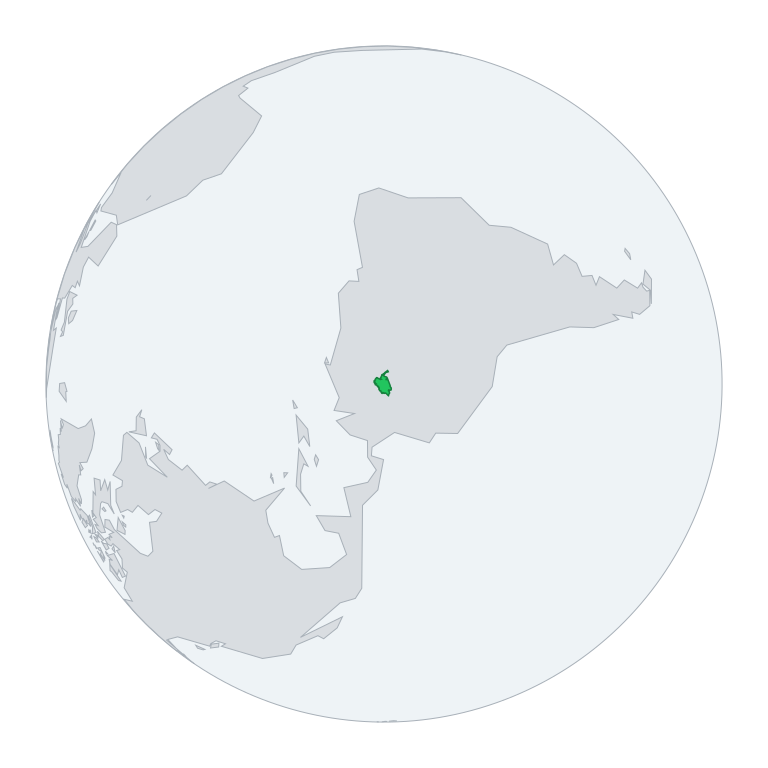 Guainía highlighted on a globe, orthographic projection, rotated 249°
{"feature_id": "COL-1424", "entity_name": "Guainía", "entity_type": "Commissiary", "adm_level": 1, "iso_a3": "COL", "parent_name": "Colombia", "parent_adm1": "", "projection": "orthographic", "projection_center": [-68.772, 2.606], "detail": "fine", "context": "on_globe", "style": "filled", "palette": "green", "viewbox_px": 768, "rotation_deg": 249, "n_neighbors": 0, "source": "natural_earth", "source_scale": "10m", "svg_char_len": 11005}
<svg xmlns="http://www.w3.org/2000/svg" viewBox="0 0 768 768"><g transform="rotate(249 384 384)"><circle cx="384" cy="384" r="338" fill="#eef3f6" stroke="#a8b0b8"/><path d="M193.0,105.2L202.8,99.2L209.6,95.1L208.6,95.2L215.3,91.2L216.3,90.6L229.9,83.2L234.7,81.0L240.1,78.4L239.3,78.6L247.0,75.1L247.4,75.0L256.6,71.0L262.7,68.6L276.1,64.3L271.4,71.2L286.9,68.4L300.3,76.9L305.9,73.9L314.6,76.7L324.4,74.7L324.1,77.9L332.1,73.7L330.5,71.2L333.5,68.8L339.1,67.7L339.7,71.2L337.0,72.3L340.1,72.8L338.0,75.2L342.2,73.4L342.3,78.5L350.5,72.1L357.5,75.0L355.3,78.8L344.7,80.1L313.3,95.8L307.8,101.9L310.7,108.3L338.9,115.5L337.3,122.4L343.1,130.3L348.9,125.2L346.5,117.3L358.8,110.8L354.4,103.1L358.7,99.7L358.5,92.1L370.2,91.8L381.7,96.0L382.4,102.7L387.5,105.2L396.2,98.3L406.7,111.5L429.5,122.4L431.0,126.6L416.8,134.2L392.9,134.4L374.6,148.3L398.3,138.3L401.5,150.8L407.0,152.9L413.7,152.3L417.1,147.5L420.6,152.1L398.6,162.6L395.0,158.5L402.0,154.9L390.8,155.6L375.9,164.6L378.7,171.2L353.3,181.1L355.0,186.3L350.4,192.0L349.4,182.7L350.7,200.1L321.3,220.7L322.5,253.9L308.5,228.4L295.7,225.8L280.1,226.8L280.0,232.1L259.6,228.8L240.4,240.7L232.1,267.5L238.2,288.0L260.9,288.2L268.3,276.4L285.4,273.6L272.0,305.5L301.6,309.4L298.0,333.6L306.4,346.0L321.6,342.5L337.1,348.3L348.6,334.1L366.8,326.3L367.0,345.9L377.2,327.9L387.3,337.3L423.8,336.2L421.0,340.7L451.7,363.8L485.1,373.9L492.8,388.3L488.8,397.3L500.4,399.8L500.6,405.7L546.6,414.4L569.8,428.9L568.9,449.4L549.1,473.2L530.3,522.7L494.5,539.1L484.8,558.7L456.0,586.9L434.4,584.9L440.1,598.7L427.7,607.0L413.5,607.5L410.8,617.1L400.2,617.3L407.0,623.6L390.1,635.7L395.0,645.6L382.6,655.1L386.2,660.7L381.5,660.5L376.6,662.5L376.2,665.6L361.8,660.3L357.4,647.6L362.5,641.1L356.2,639.9L366.8,622.9L360.1,626.3L361.4,600.1L370.7,577.9L376.3,512.6L368.9,499.4L342.8,484.1L311.4,435.0L319.6,414.7L312.8,405.2L335.0,376.5L329.3,350.2L321.5,346.5L313.6,356.5L287.3,340.3L278.5,320.5L201.2,290.0L194.1,280.4L195.4,264.6L177.4,215.2L181.6,261.8L173.1,252.9L167.8,236.4L172.7,232.1L171.8,208.4L165.3,200.1L171.3,172.2L197.4,138.2L198.3,142.9L204.5,135.1L203.7,129.2L201.7,127.3L221.9,100.7L223.0,90.6L212.1,95.1L223.3,89.0L195.0,104.2L190.7,106.8L193.0,105.2ZM64.8,275.3L67.4,267.8L66.2,272.3L64.8,275.3ZM68.8,263.5L67.9,266.0L68.6,263.9L68.8,263.5ZM69.1,262.2L68.9,263.1L68.8,262.8L69.1,262.2ZM69.2,261.5L69.3,261.5L69.1,261.8L69.2,261.5ZM320.2,265.4L354.1,281.3L334.4,283.6L338.2,280.5L329.7,273.8L313.7,267.9L296.5,271.8L320.2,265.4ZM70.5,258.0L70.9,256.9L71.2,256.2L70.5,258.0ZM336.5,246.5L330.5,245.3L336.4,245.1L336.5,246.5ZM199.7,127.4L203.0,129.6L201.2,137.0L197.7,135.4L199.7,127.4ZM204.1,115.3L207.6,114.6L200.4,121.7L200.6,119.9L204.1,115.3ZM202.7,100.0L204.1,100.0L200.4,101.5L202.7,100.0ZM352.1,93.0L355.3,92.6L353.7,94.1L352.1,93.0ZM349.1,90.3L345.0,92.5L343.0,91.6L345.5,90.2L349.1,90.3ZM354.6,88.0L339.9,89.8L336.4,88.3L343.1,82.3L354.6,88.0ZM327.6,71.0L329.5,73.5L322.7,72.6L327.6,71.0ZM322.5,71.2L297.3,73.8L297.2,70.4L305.6,69.8L301.4,66.8L313.7,63.7L318.8,64.6L316.5,67.3L323.0,64.2L322.5,71.2ZM334.2,67.8L329.1,68.4L328.6,65.2L338.8,63.7L335.7,65.1L334.2,67.8ZM294.2,67.9L295.6,65.8L306.1,62.5L308.0,61.4L314.0,63.4L294.2,67.9ZM338.6,65.3L343.9,63.1L349.2,63.7L339.1,67.2L338.6,65.3ZM324.3,65.3L324.6,63.8L327.7,64.0L324.3,65.3ZM371.0,66.0L364.9,66.0L364.2,64.2L371.0,66.0ZM345.5,62.3L343.7,62.1L342.7,61.6L347.2,60.4L345.5,62.3ZM320.9,61.2L325.0,60.6L319.0,60.2L326.6,58.3L329.2,60.2L331.2,58.5L333.5,58.0L333.1,60.3L320.9,61.2ZM348.8,57.9L354.7,60.6L366.2,60.6L367.1,62.0L348.5,61.9L348.8,57.9ZM339.6,59.0L345.5,58.5L343.7,60.1L338.6,61.5L339.6,59.0ZM330.8,56.5L318.5,58.9L318.3,58.5L330.8,56.5ZM352.5,57.4L350.9,56.9L353.5,57.2L352.5,57.4ZM337.8,56.2L333.5,57.0L333.4,56.5L337.8,56.2ZM351.5,55.3L353.4,56.1L350.0,56.8L351.5,55.3ZM345.5,55.5L346.5,54.6L347.6,56.7L343.6,55.8L345.5,55.5ZM338.5,55.6L337.0,55.5L340.3,55.4L338.5,55.6ZM363.4,52.5L365.7,55.0L358.1,56.5L356.9,53.7L363.4,52.5ZM386.1,671.3L363.0,662.3L375.9,666.4L384.5,661.6L396.7,668.4L386.1,671.3ZM411.5,658.9L421.7,656.2L424.2,657.7L417.7,660.0L411.5,658.9ZM641.2,164.8L641.8,165.6L646.5,171.2L653.8,180.5L655.9,183.4L641.8,166.3L636.1,159.7L617.5,143.8L624.0,150.8L641.9,166.8L640.4,165.9L649.3,177.3L641.3,168.0L620.0,150.3L618.6,156.9L632.8,187.3L628.6,191.4L617.8,187.6L596.6,159.4L608.3,153.7L600.9,145.2L584.8,134.9L589.8,134.6L584.6,130.2L587.7,128.3L578.6,116.7L579.6,114.6L563.0,102.4L561.3,100.1L571.6,107.6L579.4,112.5L580.5,109.7L576.9,106.8L566.0,99.5L567.7,100.4L557.0,93.8L554.7,92.4L578.5,107.7L601.0,125.0L621.9,144.1L641.2,164.8ZM550.5,89.9L549.3,89.5L536.4,82.7L525.8,77.3L521.3,75.3L538.5,84.3L545.6,88.3L552.4,91.7L571.6,104.6L574.1,107.5L552.6,94.7L553.7,98.1L536.5,88.0L500.5,67.3L492.2,63.9L492.8,64.1L522.3,75.7L550.5,89.9ZM663.6,573.8L663.4,574.1L671.2,561.9L683.2,539.2L703.2,483.3L711.6,456.4L714.9,436.4L713.9,393.9L714.7,368.9L712.5,359.3L709.0,363.0L705.4,351.6L702.5,352.1L678.1,365.8L665.6,352.0L638.5,307.5L639.2,287.9L630.4,267.0L628.0,192.4L637.5,194.6L647.0,181.7L650.0,183.5L659.8,198.7L675.7,214.4L667.9,200.9L668.8,202.1L681.3,223.3L692.2,245.4L701.4,268.2L709.0,291.6L714.9,315.5L719.0,339.7L721.3,364.2L721.9,388.8L720.6,413.3L717.6,437.7L712.8,461.9L706.3,485.6L698.1,508.7L688.1,531.3L676.6,553.0L663.6,573.8ZM640.6,227.9L643.5,234.0L640.6,227.9ZM425.0,336.0L429.4,339.7L423.5,339.9L425.0,336.0ZM331.4,291.5L338.7,291.9L342.4,294.8L336.8,295.8L331.4,291.5ZM393.3,291.3L401.8,293.0L392.9,294.6L393.3,291.3ZM359.5,283.4L386.5,290.8L369.2,296.6L352.2,292.3L364.1,290.5L359.5,283.4ZM332.6,257.4L337.1,258.7L335.6,262.2L332.6,257.4ZM340.8,246.5L339.0,246.8L336.8,244.1L340.8,246.5ZM402.8,150.1L404.7,149.5L411.4,149.9L408.1,151.9L402.8,150.1ZM441.9,140.9L446.8,148.7L441.0,144.1L437.4,147.8L420.8,143.7L430.8,128.6L429.2,135.8L441.9,140.9ZM401.4,135.4L410.8,138.8L400.1,135.8L401.4,135.4ZM553.3,111.3L558.8,113.0L564.1,118.1L562.7,123.6L554.9,116.0L553.3,111.3ZM565.3,114.7L544.3,102.0L544.4,99.0L547.9,102.7L550.1,101.9L556.3,107.8L576.8,118.4L582.9,123.8L576.9,129.3L575.5,124.1L570.2,122.2L565.3,114.7ZM490.8,84.1L481.7,81.1L493.6,78.1L500.7,81.4L499.7,86.3L490.7,85.4L490.8,84.1ZM369.5,78.1L365.2,79.0L365.0,77.7L368.5,76.0L369.5,78.1ZM368.2,66.1L387.8,73.9L383.9,75.0L400.0,79.6L396.1,84.5L385.8,81.2L394.8,89.0L384.0,88.1L391.2,93.4L368.7,85.4L359.3,85.6L371.3,83.3L375.2,78.5L374.0,76.6L363.7,71.6L345.4,70.8L346.3,66.9L351.8,64.4L356.4,63.9L354.3,66.4L361.9,64.1L362.4,67.5L368.2,66.1ZM415.8,50.4L411.5,51.2L426.7,51.6L427.3,53.1L429.0,53.1L433.8,54.9L442.5,57.3L441.2,58.0L445.2,58.7L448.4,60.3L453.4,61.7L452.9,63.8L459.0,65.9L455.2,65.7L465.9,68.9L457.7,67.6L461.1,70.2L467.2,70.1L452.0,82.5L451.9,90.4L456.2,98.3L441.7,96.2L428.2,88.1L417.5,78.6L419.6,71.9L412.7,72.8L411.6,70.1L417.6,70.5L407.8,68.3L408.6,66.4L398.9,60.9L384.4,60.1L380.5,58.5L386.6,57.9L378.5,56.9L387.3,55.0L384.8,54.1L390.9,51.8L404.1,52.0L400.2,51.0L404.7,49.9L415.8,50.4ZM365.5,51.8L381.2,50.6L389.2,51.2L375.1,55.1L376.2,56.2L367.5,59.8L356.0,59.2L359.6,58.1L360.4,57.0L363.7,57.6L361.6,56.3L366.4,55.0L366.2,53.8L371.3,53.6L365.5,51.8ZM646.8,177.4L647.9,177.6L648.1,176.3L653.7,184.0L646.8,177.4ZM632.6,165.4L632.6,164.0L640.6,173.1L639.5,173.4L632.6,165.4ZM625.8,156.0L632.0,163.2L628.0,159.5L625.8,156.0ZM571.0,106.4L570.2,105.1L572.7,106.7L576.3,109.6L571.0,106.4ZM460.9,55.6L457.2,55.0L455.3,54.5L443.6,52.4L442.2,51.7L448.7,52.7L460.9,55.6ZM457.4,54.4L452.8,53.5L455.0,53.8L457.4,54.4ZM440.6,51.2L442.0,51.2L440.7,51.4L440.6,51.2Z" fill="#d9dde1" stroke="#a8b0b8" stroke-width="1"/><path d="M394.1,392.4L393.9,392.4L393.9,392.0L394.0,390.3L394.0,389.9L393.8,389.3L393.5,388.8L392.9,388.0L392.7,387.7L392.6,387.3L392.4,387.0L392.3,386.9L392.2,386.8L391.9,386.8L391.9,386.7L391.8,386.8L391.7,386.9L391.4,386.9L391.3,387.0L391.2,387.1L390.9,387.2L390.5,387.7L389.8,388.7L389.6,388.8L389.4,389.0L389.2,389.0L388.8,389.1L388.6,389.0L388.4,388.9L388.2,388.7L388.1,388.4L388.0,388.0L387.9,387.9L387.7,387.8L387.5,387.7L387.4,387.6L387.0,388.4L386.9,388.6L387.1,388.6L387.1,388.8L387.4,388.9L387.4,389.0L387.5,389.2L380.6,389.2L380.3,389.2L379.9,389.0L379.5,388.9L379.2,388.9L378.8,389.1L378.6,389.1L378.4,389.1L378.0,389.3L377.9,389.3L377.7,389.3L377.5,389.2L377.2,389.1L376.9,389.1L376.5,388.9L375.8,388.3L375.8,388.2L376.1,387.5L376.1,387.2L376.2,386.9L376.3,386.7L376.6,386.6L376.8,386.4L376.6,386.1L376.5,385.9L376.4,385.9L376.2,386.0L376.1,385.9L376.0,386.0L375.9,386.0L375.6,386.1L375.4,386.1L375.2,386.0L374.9,386.2L374.7,386.1L374.4,386.0L374.1,386.1L373.9,386.1L373.8,385.9L373.7,385.9L373.3,385.8L373.2,385.7L372.8,385.0L372.5,384.6L372.4,384.4L372.2,384.4L371.8,384.2L371.5,384.1L371.4,384.0L371.5,383.9L373.8,382.9L374.0,382.8L374.5,382.6L374.7,382.4L374.8,382.3L374.8,382.2L375.1,382.0L375.1,381.9L375.1,381.6L375.2,381.4L375.1,381.2L375.2,380.9L375.3,380.7L375.5,380.6L375.8,380.6L375.8,380.4L375.9,380.5L376.0,380.5L376.0,380.4L375.9,380.2L376.0,380.0L376.1,379.9L375.9,379.8L375.9,379.7L376.0,379.5L376.0,379.4L376.1,379.2L376.3,379.2L376.4,378.9L376.3,378.6L376.6,378.5L376.8,378.6L377.0,378.7L377.2,378.4L377.3,378.4L377.5,378.4L377.6,378.5L377.7,378.4L377.8,378.4L378.2,378.4L378.3,378.4L378.5,378.3L378.7,378.5L378.8,378.5L378.8,378.2L379.0,378.1L379.1,377.8L379.1,377.7L379.3,377.6L379.6,377.6L379.8,377.5L380.0,377.5L380.3,377.6L380.6,377.5L380.8,377.6L380.9,377.4L381.0,377.4L381.1,377.5L381.3,377.5L381.5,377.7L381.6,377.8L381.8,377.7L382.0,377.8L382.0,378.0L382.3,378.0L382.3,377.9L382.5,377.8L382.9,377.9L383.0,377.9L382.9,377.6L383.0,377.5L383.3,377.6L383.5,377.5L383.8,377.6L383.8,377.4L384.1,377.4L384.2,377.1L384.4,377.1L384.5,377.0L384.8,377.1L385.0,377.0L385.1,376.9L385.3,377.0L385.4,376.9L385.5,376.8L385.6,376.7L385.8,376.7L386.0,376.5L385.9,376.4L386.0,376.3L386.3,376.3L386.3,376.2L386.5,376.0L386.4,375.9L386.4,375.7L386.6,375.7L386.8,375.7L387.0,375.8L387.0,376.0L387.3,376.0L387.4,375.9L387.5,376.0L387.4,376.1L387.5,376.2L387.5,376.3L387.6,376.2L387.8,376.1L387.9,375.8L388.0,375.7L388.1,375.8L388.1,376.0L388.3,376.0L388.5,375.8L388.5,376.1L388.8,376.0L389.0,376.1L389.3,376.2L389.5,376.2L390.0,375.7L390.3,375.7L390.3,376.1L390.6,376.6L390.6,376.8L390.7,377.0L390.8,377.3L391.0,377.4L391.3,377.3L391.5,377.4L391.7,377.7L392.1,378.7L392.1,378.8L392.4,379.0L392.6,379.2L392.6,379.4L392.5,379.7L392.1,380.1L391.8,380.2L389.5,382.3L389.4,382.5L389.4,382.9L389.5,382.8L389.6,382.7L389.8,382.7L390.0,382.6L390.4,382.8L390.5,382.8L390.9,382.9L390.9,383.0L391.0,383.1L391.0,383.4L391.0,383.5L391.4,383.6L391.5,383.6L391.6,383.8L391.8,384.0L392.0,384.2L392.1,384.3L392.4,384.5L392.5,384.8L392.8,385.0L393.1,385.1L393.3,385.2L393.3,385.3L393.4,385.5L393.2,385.8L393.2,386.0L393.3,386.2L393.3,386.4L393.4,386.7L393.5,386.8L393.8,387.0L393.8,387.3L393.6,387.5L393.8,387.8L393.9,388.0L394.0,388.2L394.6,389.5L394.6,389.9L394.6,390.0L394.8,390.4L394.8,390.5L394.8,390.9L394.8,391.0L395.0,391.1L395.1,391.3L395.1,391.5L395.0,391.8L395.2,392.2L394.1,392.4Z" fill="#22c55e" stroke="#15803d" stroke-width="1.5"/></g></svg>